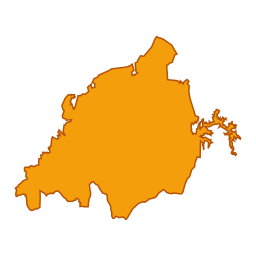 Acámbaro, Guanajuato, Mexico (Equal Earth projection)
{"feature_id": "50627088B76042222329638", "entity_name": "Acámbaro", "entity_type": "district", "adm_level": 2, "iso_a3": "MEX", "parent_name": "Mexico", "parent_adm1": "Guanajuato", "projection": "equal_earth", "projection_center": [-100.633, 20.071], "detail": "fine", "context": "isolated", "style": "filled", "palette": "amber", "viewbox_px": 256, "rotation_deg": 0, "n_neighbors": 0, "source": "geoboundaries", "source_scale": "gbopen_adm2", "svg_char_len": 5871}
<svg xmlns="http://www.w3.org/2000/svg" viewBox="0 0 256 256"><path d="M30.2,166.0L29.1,167.7L28.0,167.1L24.8,167.4L24.5,168.8L24.5,170.9L26.0,171.7L26.3,172.5L25.8,176.4L26.3,177.2L27.1,177.5L27.4,178.9L22.6,181.1L20.9,183.2L18.6,184.9L17.8,186.6L15.8,187.7L15.4,188.5L16.3,189.2L16.4,191.2L15.7,193.9L16.2,194.1L15.9,195.8L16.4,196.5L17.5,196.2L18.2,195.2L19.8,195.3L22.2,194.3L24.3,194.0L25.6,194.8L25.1,196.0L26.2,196.2L27.1,205.5L30.0,209.9L32.7,210.4L35.0,209.0L36.8,209.0L39.8,207.4L40.2,197.7L40.0,190.6L45.1,193.7L45.4,194.8L46.4,195.8L47.6,194.1L49.6,193.8L50.3,193.1L52.5,193.6L52.8,193.1L53.6,193.3L55.7,191.1L57.9,191.2L59.8,192.4L63.7,197.3L66.4,199.2L66.7,200.2L67.9,201.4L72.2,201.3L75.9,199.9L76.0,198.6L77.6,198.5L78.9,199.8L78.9,201.4L79.3,202.3L80.7,202.7L80.4,204.0L80.0,204.0L80.0,206.6L82.2,206.2L84.3,206.8L88.1,206.8L88.9,199.5L90.5,195.5L90.6,192.2L90.1,190.5L89.4,184.9L90.6,183.2L93.1,181.5L95.4,184.0L98.2,185.5L99.6,188.7L102.6,193.0L106.9,194.6L107.5,200.5L110.6,205.9L110.9,209.5L111.8,212.9L111.7,215.9L112.7,218.0L113.5,218.4L114.6,217.9L115.6,216.4L117.8,216.8L118.5,217.6L123.6,216.9L125.6,219.4L126.3,219.2L127.8,217.1L132.5,209.1L138.5,203.4L142.3,202.0L144.8,202.1L147.5,200.6L148.8,199.2L155.0,197.6L156.7,196.1L158.8,192.9L163.7,189.5L166.5,192.3L168.6,193.2L172.0,193.7L172.9,193.1L174.4,193.1L180.8,193.9L182.1,193.4L182.8,192.3L185.2,183.7L187.3,178.8L189.5,176.7L190.8,173.0L191.5,169.9L194.8,166.4L194.7,164.0L197.2,156.9L200.1,157.5L200.5,141.1L202.5,142.6L202.7,145.2L203.7,148.7L203.5,150.1L203.9,148.6L203.5,145.1L204.8,140.5L207.5,141.3L208.5,142.6L208.2,148.3L209.2,146.4L210.1,143.4L212.4,142.6L210.6,141.2L210.4,140.6L210.8,139.6L209.1,139.6L205.3,137.2L202.8,138.1L199.9,136.5L201.1,135.4L202.2,136.2L202.3,135.4L203.2,135.6L203.2,135.1L204.1,134.9L203.7,134.0L204.2,133.5L205.4,133.8L206.3,132.7L207.6,134.3L208.6,134.0L210.9,135.3L210.8,134.8L211.5,134.1L213.4,132.9L210.6,133.1L211.5,131.0L208.0,130.4L207.6,129.3L205.2,126.7L209.7,126.7L213.5,124.5L217.1,124.2L218.7,123.5L220.3,124.7L219.0,127.2L220.5,126.3L227.6,130.7L228.7,132.4L225.8,133.6L224.3,133.4L225.1,134.4L224.4,134.8L229.2,134.6L231.7,133.1L231.9,133.8L230.8,134.0L229.2,135.2L229.3,137.4L230.0,137.4L230.8,138.1L229.9,138.8L229.0,138.3L229.4,138.9L229.0,139.6L229.8,140.5L229.7,144.7L230.1,146.1L230.7,146.5L230.7,147.6L231.2,147.6L232.8,150.1L231.8,151.6L231.3,153.4L232.6,154.3L234.7,154.3L235.4,155.4L236.4,154.2L235.4,152.9L234.3,152.7L233.1,153.2L232.4,152.6L233.8,148.9L233.2,146.9L232.4,146.4L232.3,143.0L231.5,141.3L232.5,139.9L234.1,140.8L233.3,139.1L233.9,138.8L234.0,136.5L235.2,137.2L236.0,139.3L236.8,137.4L238.0,137.4L240.2,139.1L240.6,138.1L238.4,135.7L236.9,135.1L235.8,132.7L235.8,130.9L234.7,132.0L233.1,131.9L231.2,130.4L230.5,130.9L230.4,130.2L232.2,128.6L233.8,128.2L234.7,128.7L235.3,127.9L234.9,128.0L234.4,126.8L234.8,127.0L234.7,126.1L235.1,126.0L235.0,126.6L235.6,127.0L235.5,125.6L236.2,125.2L235.1,124.6L234.5,125.0L232.6,124.5L232.0,123.5L232.4,122.4L232.0,121.1L231.4,124.2L230.9,124.2L230.4,123.2L229.2,123.7L228.6,122.9L229.2,125.0L227.4,128.0L226.3,127.8L226.1,126.8L224.4,125.0L222.9,125.3L222.9,122.5L223.2,121.7L224.1,121.2L223.6,120.3L225.0,119.5L225.9,119.6L225.5,119.2L225.9,118.4L224.3,119.1L223.5,118.7L223.7,117.9L222.8,117.3L222.5,118.3L221.3,119.0L221.5,119.9L220.7,120.4L220.1,119.8L220.1,117.8L219.1,119.0L218.2,119.1L218.3,117.3L217.2,117.3L216.7,116.1L217.4,115.2L217.1,114.1L218.3,113.3L219.3,111.7L218.9,111.0L219.2,110.5L216.4,109.4L215.3,112.0L214.2,111.9L214.5,114.1L212.9,114.6L214.2,116.1L213.2,116.2L213.2,117.4L212.5,117.7L214.1,121.9L212.7,121.7L211.0,122.9L209.3,121.3L209.3,123.8L206.7,123.5L206.5,122.4L206.1,122.1L205.2,123.3L204.6,123.4L203.0,120.7L203.5,119.9L203.3,118.3L203.0,119.4L201.8,120.0L202.9,125.0L202.5,127.0L201.7,126.9L200.9,127.5L200.4,129.2L199.8,128.8L199.9,124.4L200.6,122.2L200.6,121.8L200.2,122.0L198.7,123.9L197.6,128.5L196.8,128.8L196.1,134.0L194.1,133.4L192.6,134.2L192.6,132.5L190.9,130.9L191.7,129.6L191.2,127.6L191.3,123.8L192.2,123.0L193.3,124.5L194.5,122.7L195.1,122.9L195.1,122.0L196.3,122.9L196.7,122.7L196.2,121.5L197.6,121.3L198.2,120.1L197.8,119.0L198.6,118.7L198.5,116.8L195.4,115.9L189.8,97.7L188.8,91.5L189.2,85.9L187.3,83.5L188.8,81.9L188.6,80.8L186.9,79.5L183.9,81.9L183.3,83.8L180.7,81.2L180.9,82.8L179.4,83.0L179.3,81.6L178.5,81.6L177.5,80.7L167.6,79.7L166.7,65.2L168.1,64.8L169.3,63.3L172.3,62.2L174.8,54.9L176.9,54.1L171.8,45.2L163.1,39.1L159.9,37.9L158.9,38.0L156.7,36.6L155.2,38.5L151.8,46.6L150.8,48.0L143.7,56.4L140.7,55.7L137.9,59.9L137.6,61.7L135.2,63.0L136.0,71.7L137.4,72.8L134.6,75.2L134.5,74.5L132.2,75.5L131.7,72.3L134.0,70.3L132.1,64.2L130.5,65.5L126.8,67.0L111.4,68.9L109.5,70.3L98.4,75.3L98.2,76.8L94.0,78.7L92.2,82.6L94.7,83.6L94.8,87.3L91.6,88.0L91.1,84.2L87.6,87.2L88.7,91.5L84.8,94.4L82.9,93.9L80.5,95.8L80.1,95.3L78.1,96.2L77.6,95.3L78.0,96.5L77.2,99.3L77.4,99.7L77.0,100.1L74.5,108.9L73.9,108.9L74.2,108.7L73.7,107.6L72.8,107.3L71.7,103.8L70.8,104.2L71.2,103.5L70.2,101.7L70.8,101.2L70.6,100.4L71.6,99.4L71.3,99.0L71.8,97.9L72.9,98.1L73.6,97.6L74.0,98.0L75.2,97.0L74.0,96.0L74.5,94.8L70.8,94.6L70.9,95.4L68.4,94.6L65.2,98.2L61.9,105.7L62.9,109.5L64.2,110.7L62.3,116.0L63.0,118.0L65.5,118.9L66.0,120.2L71.5,119.7L70.5,121.8L68.7,121.8L66.5,122.6L64.9,125.3L64.1,125.1L63.1,131.5L64.9,135.2L64.5,135.5L59.0,130.0L58.0,132.5L60.0,134.0L60.3,135.7L58.3,134.9L57.4,135.7L58.7,137.7L58.5,138.0L56.9,139.3L52.5,136.9L51.8,138.4L50.9,146.4L50.0,146.4L49.9,147.7L48.5,147.5L48.5,148.4L49.5,148.0L49.4,149.0L49.0,149.0L48.9,149.5L49.7,150.2L50.0,152.5L48.5,152.7L47.9,153.3L47.3,152.4L46.6,152.8L45.3,152.4L45.3,152.9L44.7,153.0L43.8,152.4L42.6,152.4L43.0,153.8L42.4,155.0L40.7,155.0L41.3,158.5L38.9,158.8L38.6,165.2L36.1,165.3L34.2,166.6L33.1,166.6L32.0,165.7L30.2,166.0Z" fill="#f59e0b" stroke="#b45309" stroke-width="1.5"/></svg>